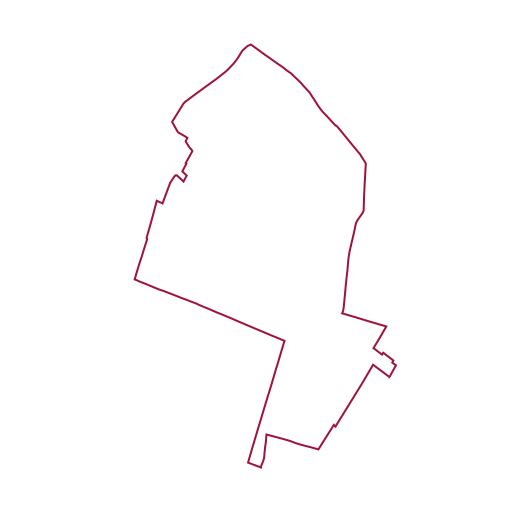 the district of Dumbravita, Timis, Romania, rotated 82°
{"feature_id": "2599482B50242835531665", "entity_name": "Dumbravita", "entity_type": "district", "adm_level": 2, "iso_a3": "ROU", "parent_name": "Romania", "parent_adm1": "Timis", "projection": "natural_earth1", "projection_center": [21.239, 45.803], "detail": "fine", "context": "isolated", "style": "outline", "palette": "rose", "viewbox_px": 512, "rotation_deg": 82, "n_neighbors": 0, "source": "geoboundaries", "source_scale": "gbopen_adm2", "svg_char_len": 3365}
<svg xmlns="http://www.w3.org/2000/svg" viewBox="0 0 512 512"><g transform="rotate(82 256 256)"><path d="M436.0,201.1L422.3,189.7L396.5,168.3L380.0,155.2L394.4,140.7L391.8,138.7L383.7,132.6L380.6,135.9L378.6,134.5L369.5,143.5L371.2,144.9L363.6,152.5L354.3,144.9L343.9,136.8L341.1,143.0L337.0,152.0L330.5,166.0L324.8,178.6L324.6,178.4L321.4,177.0L318.3,176.1L292.7,170.0L282.7,167.4L272.1,165.0L265.7,163.1L257.2,159.9L247.5,156.1L241.8,154.0L240.6,153.6L238.5,152.9L236.3,151.7L234.6,150.5L228.5,144.7L227.2,143.8L226.4,143.3L225.4,143.0L212.7,140.8L198.8,138.2L194.5,137.3L179.7,134.4L177.9,135.1L175.1,136.4L174.2,136.8L173.0,137.3L172.0,137.8L171.1,138.2L169.8,138.7L167.8,140.0L165.5,141.4L160.0,144.8L153.1,149.0L151.0,150.3L145.5,153.6L140.0,157.0L138.1,158.3L138.0,159.0L133.1,162.4L127.3,166.4L123.1,169.5L122.4,170.0L119.6,171.6L117.4,172.8L115.4,173.8L112.6,175.1L109.2,176.6L107.3,177.5L105.5,178.4L103.5,179.3L102.2,179.9L101.3,180.3L97.9,182.7L94.8,184.9L93.5,185.7L91.4,187.1L88.9,188.9L86.5,190.8L84.6,192.3L83.1,193.5L81.8,194.5L80.5,195.4L76.2,200.0L72.6,203.4L66.0,210.6L62.4,214.3L58.1,219.0L56.7,220.5L50.3,227.0L47.4,230.1L46.1,231.4L45.9,231.8L46.3,233.2L46.7,234.4L46.9,235.1L47.2,235.7L48.5,237.6L49.5,239.0L50.8,240.9L51.2,241.3L53.7,243.4L55.7,245.0L58.4,247.3L59.3,248.3L60.2,249.2L62.4,251.5L64.4,254.0L67.3,257.6L69.1,260.2L71.8,264.8L73.2,267.2L75.3,270.9L77.9,275.8L80.3,280.3L82.6,284.7L83.2,285.7L86.2,291.3L88.6,295.8L92.3,302.4L93.3,304.4L94.3,305.8L94.7,306.3L95.1,306.7L96.0,307.5L100.0,310.8L104.7,314.7L111.1,320.1L111.6,320.4L116.2,318.6L122.0,316.3L122.5,316.0L123.3,315.2L125.9,311.8L129.4,307.5L132.6,309.7L133.6,309.3L135.8,308.4L137.3,307.7L138.2,307.3L140.2,306.2L140.9,305.6L141.7,305.2L142.2,304.8L143.3,304.4L149.6,309.2L154.2,312.7L154.9,312.1L162.0,317.2L164.5,315.2L165.6,314.3L166.7,313.4L169.8,315.7L172.2,317.4L168.2,320.6L165.1,323.2L165.1,323.6L164.9,324.2L164.9,324.4L165.5,325.2L165.7,325.6L167.1,326.8L170.9,330.2L171.8,331.1L172.2,331.1L173.3,331.7L176.9,333.7L179.7,335.2L190.9,341.2L189.1,344.1L187.5,346.6L190.4,347.8L202.3,352.8L204.8,353.9L210.2,356.2L215.3,358.5L220.5,360.8L223.0,361.9L224.1,361.4L231.0,364.7L235.4,366.8L241.3,369.5L242.1,370.0L247.0,372.4L255.6,376.4L262.3,379.4L263.3,377.6L264.3,376.1L265.3,374.5L267.3,370.8L268.0,369.6L268.9,368.1L270.4,365.6L273.1,361.0L275.8,356.4L278.1,351.7L280.7,347.1L284.5,340.3L285.7,338.3L288.3,333.5L289.8,330.7L290.8,329.0L294.6,322.1L295.1,321.2L295.8,320.2L296.6,319.1L298.7,315.5L301.0,311.6L306.4,302.7L309.4,297.4L311.6,293.8L313.9,289.8L315.8,286.7L317.4,284.2L320.0,279.8L322.7,275.4L324.6,272.2L328.2,266.2L331.9,260.0L333.1,257.9L333.8,256.8L337.9,249.9L338.9,248.1L344.0,239.6L348.1,241.5L350.5,242.6L359.2,246.6L366.8,250.0L369.4,251.3L378.8,255.6L387.2,259.4L390.6,261.0L394.6,262.9L399.1,265.0L407.1,268.7L417.1,273.3L425.1,277.0L432.7,280.5L437.1,282.5L443.0,285.2L446.5,286.8L450.8,288.7L457.6,291.8L459.5,292.6L465.4,281.9L466.1,280.5L465.0,280.3L461.0,278.0L458.6,276.7L456.9,276.0L454.7,275.5L453.1,275.2L449.0,274.2L447.0,273.7L441.9,272.2L441.5,272.1L434.2,270.5L439.2,258.7L440.4,255.9L441.9,252.5L443.8,248.2L447.0,242.3L448.0,240.2L448.9,238.3L450.4,234.7L452.2,230.4L452.9,228.6L456.2,221.1L450.2,216.1L440.8,208.1L436.6,204.5L434.1,202.4L434.3,202.3L436.0,201.1Z" fill="none" stroke="#9f1239" stroke-width="2"/></g></svg>